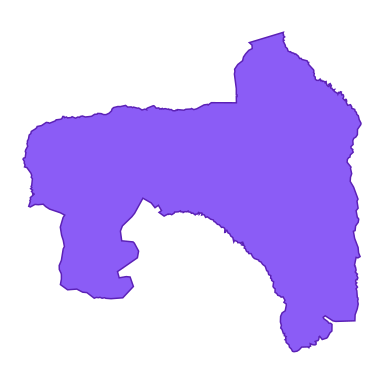 outline of Kapiri Mposhi, Central, Zambia
{"feature_id": "96606910B40769326482894", "entity_name": "Kapiri Mposhi", "entity_type": "district", "adm_level": 2, "iso_a3": "ZMB", "parent_name": "Zambia", "parent_adm1": "Central", "projection": "albers", "projection_center": [28.625, -14.196], "detail": "fine", "context": "isolated", "style": "filled", "palette": "violet", "viewbox_px": 384, "rotation_deg": 0, "n_neighbors": 0, "source": "geoboundaries", "source_scale": "gbopen_adm2", "svg_char_len": 5947}
<svg xmlns="http://www.w3.org/2000/svg" viewBox="0 0 384 384"><path d="M122.8,297.8L133.4,286.5L130.1,277.0L126.3,276.6L119.2,277.8L117.5,271.6L137.4,257.8L138.6,251.1L134.3,243.1L133.0,241.9L121.7,240.8L120.4,231.1L122.4,225.9L131.9,216.7L134.6,213.3L142.9,198.2L151.2,202.9L155.0,207.7L158.4,205.3L161.5,210.6L159.0,212.4L164.1,216.1L168.1,214.0L168.4,214.4L170.0,214.0L171.7,214.7L174.2,213.1L174.6,212.1L178.5,211.8L180.5,210.9L180.8,211.8L183.0,211.9L183.2,212.5L184.9,211.6L186.7,211.8L188.1,211.1L188.2,211.8L190.8,212.3L191.3,213.3L192.9,213.1L195.2,214.9L195.7,214.2L197.5,214.0L198.6,212.4L199.1,212.7L199.2,214.2L200.2,213.0L201.8,213.0L202.1,213.4L201.7,215.0L203.1,214.5L204.4,215.0L205.6,217.4L207.3,216.8L210.7,219.2L213.4,220.0L214.0,221.5L215.1,221.9L217.4,224.3L219.4,224.8L221.5,227.4L222.9,227.2L224.5,228.1L224.9,229.3L224.7,232.4L225.5,232.3L226.1,230.3L226.9,230.3L228.1,233.0L229.6,233.6L230.9,236.2L232.8,237.5L233.8,241.9L234.6,240.4L237.4,241.6L237.8,242.7L239.6,242.6L240.7,243.5L241.3,242.5L242.7,242.2L243.6,244.3L243.2,244.7L242.4,243.8L241.7,244.9L243.7,245.4L244.8,246.5L244.2,248.0L245.4,248.6L246.4,251.1L247.3,251.9L248.1,251.8L248.8,253.6L251.1,253.6L252.7,256.8L254.4,258.5L258.6,260.0L259.2,261.3L260.9,261.9L262.7,264.4L265.2,266.3L266.7,270.7L267.9,271.3L268.7,274.6L270.8,275.6L270.6,278.2L271.6,279.0L271.7,280.5L273.6,281.8L273.0,286.4L273.6,287.6L275.1,288.8L275.0,292.4L276.7,293.4L277.8,295.3L279.7,295.8L281.1,297.1L283.1,296.9L285.0,300.3L283.9,302.4L286.1,303.8L286.3,305.2L285.2,310.8L282.1,312.9L280.6,316.4L280.4,322.0L281.4,325.3L280.7,328.0L282.0,329.4L283.4,333.6L284.6,333.5L284.3,335.7L286.2,336.6L285.6,337.5L285.9,338.8L285.0,339.7L285.8,340.0L286.2,342.5L289.0,344.9L289.4,347.1L291.3,349.0L292.5,351.3L294.0,351.7L297.0,351.2L299.2,349.8L301.7,347.1L307.7,346.9L308.9,347.7L309.3,346.6L310.6,346.1L310.2,343.7L313.0,344.8L315.0,344.9L316.0,344.4L316.1,342.6L315.2,341.4L318.1,340.5L318.8,339.2L319.1,336.7L319.7,336.3L322.2,339.5L326.7,338.1L327.5,337.3L329.9,332.9L331.9,331.0L332.0,324.4L330.6,323.3L328.6,323.0L327.8,321.6L323.7,318.6L323.2,317.3L325.2,315.8L333.0,320.9L335.7,321.4L354.9,320.8L355.1,314.8L357.3,308.7L358.2,304.0L357.6,301.0L358.1,299.3L357.8,297.7L357.3,297.3L356.8,290.7L356.1,288.8L357.5,287.1L356.0,284.8L355.7,283.8L356.8,282.9L355.8,282.1L355.6,280.9L356.1,279.8L357.3,279.6L357.1,278.9L357.9,278.0L356.7,275.1L357.4,274.1L355.5,272.5L355.8,272.1L355.4,271.5L356.1,270.2L355.5,267.0L354.9,266.6L355.1,265.8L354.5,265.2L356.1,257.4L357.9,257.9L360.1,256.6L358.6,252.8L358.1,247.5L354.6,238.3L353.4,231.3L355.1,230.6L355.6,226.0L358.2,222.3L358.7,219.4L358.4,218.3L357.4,217.7L356.1,210.7L358.1,208.2L357.0,201.2L358.0,199.1L353.6,187.1L350.2,181.4L350.5,177.2L351.7,173.7L350.5,168.4L351.0,167.1L347.1,162.2L347.4,159.4L348.6,157.7L349.9,157.2L350.3,154.9L353.2,152.2L352.5,150.3L352.8,149.5L351.1,148.2L350.9,146.6L353.1,144.5L352.8,140.7L353.7,138.4L355.9,137.0L357.4,134.7L357.5,129.4L360.8,124.6L361.0,123.2L359.2,119.6L358.3,115.7L356.8,114.4L356.3,112.2L355.2,111.4L354.7,109.4L351.8,108.3L351.7,106.8L350.5,104.7L347.7,105.3L346.3,102.6L346.7,101.1L346.3,99.5L345.5,99.4L345.1,100.6L342.9,98.5L343.7,96.8L343.4,95.0L342.7,94.5L341.9,94.9L341.1,93.2L341.4,92.0L340.3,91.7L339.3,93.0L338.5,92.5L337.9,94.1L337.7,93.5L334.3,91.4L333.9,90.6L334.6,89.5L332.7,89.8L331.9,88.2L330.7,88.0L330.5,87.3L331.4,85.8L330.2,83.6L328.7,84.4L329.5,85.8L328.3,86.5L326.8,84.9L326.4,83.3L325.4,82.9L326.2,82.1L326.1,81.5L324.9,81.9L323.5,81.1L322.3,81.4L321.8,80.6L322.3,80.1L320.7,80.7L320.1,79.1L318.6,80.4L316.6,80.3L315.3,79.1L315.2,77.0L313.9,75.7L314.3,73.3L313.5,72.4L313.9,71.1L313.6,69.9L308.4,64.2L308.7,62.5L308.0,62.5L307.1,60.8L302.0,59.5L301.0,58.3L299.6,58.5L298.3,56.1L295.7,53.9L294.7,54.1L293.8,53.2L291.4,52.6L290.6,51.7L289.8,51.9L288.0,51.0L287.3,48.5L285.4,46.8L285.3,45.3L283.3,41.3L283.3,40.4L284.0,40.2L283.3,39.3L283.6,37.7L284.7,36.9L283.4,35.5L283.5,34.5L283.0,33.6L283.4,32.3L249.3,42.6L252.0,45.1L252.2,48.6L248.8,50.3L245.6,53.9L243.5,57.0L242.6,60.7L237.8,64.5L234.6,69.2L234.9,71.3L234.4,74.0L236.3,88.7L236.3,94.8L237.0,94.9L237.0,96.6L236.3,96.6L236.4,102.8L211.3,102.7L208.1,105.0L207.6,104.4L204.0,104.9L196.7,108.8L193.8,109.6L191.5,108.5L190.8,109.0L185.7,109.3L184.0,110.2L177.6,109.6L177.3,110.2L176.2,109.9L176.0,110.5L174.7,110.8L172.9,110.7L171.2,109.5L169.7,109.7L168.7,109.0L168.2,109.4L165.2,108.6L163.2,109.0L162.3,108.4L161.7,109.0L161.0,108.6L159.9,109.1L158.8,107.9L156.2,108.2L154.3,106.0L153.3,105.7L147.3,108.1L146.3,109.2L146.5,109.7L144.9,109.1L142.0,110.0L138.7,108.0L137.5,108.2L133.5,107.1L132.6,107.6L131.2,106.9L127.7,107.1L125.6,105.4L120.3,106.6L117.9,106.5L113.5,107.6L112.0,109.1L111.5,110.9L109.1,113.2L106.1,114.6L103.6,114.6L101.2,113.6L97.7,113.4L97.0,114.2L94.6,114.3L91.5,116.3L85.4,117.0L82.4,116.0L80.2,116.5L79.6,117.4L77.9,117.0L75.5,118.2L72.1,116.7L71.1,117.5L67.5,117.9L66.5,117.0L64.5,117.6L63.9,116.5L62.8,116.5L61.8,118.7L60.4,119.3L56.2,119.8L55.0,121.0L49.3,123.3L48.6,122.7L46.3,122.4L41.5,125.6L37.1,126.5L36.7,127.7L35.4,128.9L31.3,131.4L30.8,133.6L29.2,135.0L28.4,139.2L27.4,140.9L27.4,143.0L27.0,143.6L27.7,146.3L25.6,150.1L25.3,151.8L25.9,152.5L25.2,157.6L23.5,158.2L23.0,159.2L24.4,161.5L24.2,163.1L25.1,165.0L24.5,166.9L26.9,167.6L31.0,173.3L31.7,175.4L31.2,177.3L32.4,178.7L31.7,185.6L31.1,186.3L31.8,187.6L30.6,188.7L32.6,190.1L31.5,191.5L32.5,192.5L32.7,193.9L33.8,193.6L34.1,194.2L30.3,197.6L30.6,199.4L29.9,200.5L30.3,201.7L28.7,206.3L30.3,207.0L35.0,204.4L38.2,204.7L43.2,204.2L45.7,206.6L49.6,209.1L60.2,212.7L64.7,215.1L63.1,217.5L60.3,227.1L61.6,235.2L63.3,240.5L64.4,246.6L63.2,248.9L61.4,260.3L59.2,265.5L59.3,269.5L61.2,273.5L61.4,274.9L61.4,279.1L60.4,284.6L67.6,289.8L76.8,289.1L82.7,292.2L86.9,292.6L94.2,298.2L96.4,297.4L98.5,297.7L100.0,297.3L102.1,298.2L104.5,297.7L105.8,298.3L111.0,298.7L122.8,297.8Z" fill="#8b5cf6" stroke="#5b21b6" stroke-width="1.5"/></svg>